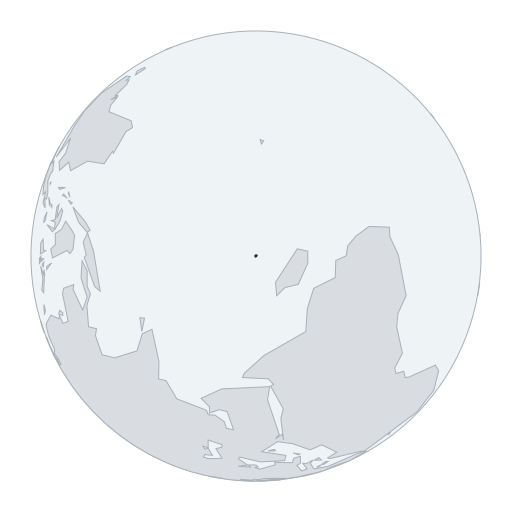 Mauritius on an orthographic globe, rotated 198°
{"feature_id": "MUS", "entity_name": "Mauritius", "entity_type": "country or territory", "adm_level": 0, "iso_a3": "MUS", "parent_name": "Seven seas (open ocean)", "parent_adm1": "", "projection": "orthographic", "projection_center": [57.545, -20.252], "detail": "fine", "context": "on_globe", "style": "filled", "palette": "slate", "viewbox_px": 512, "rotation_deg": 198, "n_neighbors": 0, "source": "natural_earth", "source_scale": "50m", "svg_char_len": 6103}
<svg xmlns="http://www.w3.org/2000/svg" viewBox="0 0 512 512"><g transform="rotate(198 256 256)"><circle cx="256" cy="256" r="225" fill="#eef3f6" stroke="#a8b0b8"/><path d="M32.8,286.7L33.7,292.6L34.9,299.3L32.8,286.7ZM48.8,344.4L49.3,345.6L49.4,345.8L48.8,344.4ZM132.0,444.1L129.0,442.0L129.3,442.2L132.9,444.7L133.6,445.1L132.0,444.1ZM228.3,32.4L231.5,32.1L225.9,33.0L219.1,33.8L221.2,34.1L223.0,33.5L226.1,33.3L232.0,32.2L234.5,32.1L236.0,31.6L239.6,31.4L238.7,31.6L250.6,30.8L259.5,30.8L261.0,30.8L260.2,30.8L261.1,30.8L272.0,31.3L272.6,31.3L268.9,31.1L277.9,31.8L279.0,31.9L277.5,32.0L279.4,32.2L281.6,32.2L279.7,32.0L296.9,34.5L313.9,38.3L330.5,43.4L346.7,49.8L362.3,57.4L377.3,66.2L391.6,76.1L405.1,87.1L417.7,99.1L418.7,100.3L427.5,110.1L430.9,114.3L429.5,113.5L424.6,107.1L419.4,101.8L416.8,98.7L412.9,96.2L409.1,91.8L407.9,92.6L413.0,97.8L417.8,101.1L418.5,104.6L428.8,116.3L434.6,126.1L432.8,136.4L424.0,135.4L424.5,138.4L418.6,132.2L414.4,135.8L428.2,160.0L429.0,165.9L420.5,172.4L419.7,167.7L404.2,151.1L403.9,164.6L415.7,181.2L419.9,197.7L411.9,189.6L407.3,175.1L401.8,168.8L401.5,156.6L393.4,137.0L385.2,137.5L384.1,130.6L371.8,114.5L359.0,115.4L339.9,129.0L340.1,147.0L332.3,154.1L315.7,125.7L310.6,108.9L303.1,109.7L287.2,95.7L255.5,94.0L252.3,90.2L246.0,92.0L235.1,88.7L230.8,83.0L223.6,83.8L235.4,99.1L243.3,98.6L251.8,92.2L253.5,98.1L264.2,103.7L247.5,119.0L202.6,136.0L200.6,122.8L178.6,93.2L180.6,89.6L180.6,89.3L180.5,88.6L176.0,94.6L173.0,89.6L182.2,109.2L182.8,119.1L201.9,136.8L199.5,139.2L206.4,143.0L231.3,136.2L230.9,140.8L217.7,163.8L185.3,199.5L191.0,222.2L191.1,243.1L174.0,259.9L178.7,276.4L170.3,284.1L171.9,294.0L167.0,306.1L157.6,319.0L138.2,324.6L134.5,315.6L120.9,300.9L101.0,264.7L103.2,245.1L100.4,232.3L86.7,208.7L89.5,192.3L86.5,187.5L79.8,192.0L76.6,186.5L72.9,188.3L51.6,207.7L46.8,203.3L45.4,183.0L50.5,169.5L54.5,157.9L92.4,104.2L97.0,102.1L122.8,86.3L125.4,86.1L118.6,94.4L135.0,96.7L144.7,88.4L163.3,88.8L178.1,86.1L190.1,71.6L165.9,75.6L165.5,70.3L187.8,61.6L209.5,59.7L210.1,57.7L199.5,54.6L207.7,50.6L196.2,53.5L198.5,55.0L191.4,57.2L188.8,56.0L191.8,54.4L186.2,54.6L173.4,63.2L174.3,65.6L157.6,70.6L157.5,75.4L151.9,79.2L149.8,72.6L152.5,69.5L146.0,65.8L141.7,69.3L147.5,73.4L144.3,73.9L138.5,79.8L140.3,75.7L135.1,71.4L122.1,78.5L100.0,98.2L93.6,103.2L90.8,104.3L104.5,89.5L117.2,80.2L122.3,75.8L124.5,73.2L128.2,70.9L130.7,69.1L136.0,66.0L148.2,58.7L154.3,55.9L163.7,50.7L168.1,48.9L161.3,52.2L159.8,53.5L175.5,48.3L179.9,46.6L184.7,43.9L188.5,43.3L191.1,41.4L202.4,38.7L190.9,40.9L196.3,38.9L205.6,36.5L205.3,36.5L190.1,40.6L185.9,42.1L185.7,42.5L172.5,48.1L166.1,50.5L172.0,47.0L163.6,50.5L164.8,50.0L180.2,43.9L195.9,38.9L212.0,35.1L228.3,32.4ZM75.4,126.5L73.4,130.0L75.4,126.5ZM230.1,66.0L244.7,66.2L242.2,58.9L247.7,58.7L244.9,56.5L242.0,58.4L235.8,53.0L243.5,51.2L243.9,48.6L239.0,48.5L225.8,53.1L234.6,60.4L229.5,63.5L230.1,66.0ZM144.8,60.1L143.1,61.3L139.1,63.9L127.0,71.3L133.2,67.2L132.8,67.4L144.8,60.1ZM130.7,82.1L133.2,81.4L137.5,79.7L134.0,83.7L130.7,82.1ZM126.8,79.1L129.4,77.8L126.5,81.9L124.0,82.9L126.8,79.1ZM133.3,73.8L129.8,77.4L130.2,76.0L133.3,73.8ZM163.9,51.1L166.9,49.9L166.3,50.4L163.4,51.8L163.9,51.1ZM184.6,74.4L178.9,77.7L177.3,76.8L179.5,75.8L184.6,74.4ZM154.1,80.1L159.9,80.2L153.1,81.2L154.1,80.1ZM285.4,364.1L288.1,368.0L284.3,368.0L285.4,364.1ZM229.3,236.8L219.0,275.6L208.3,276.6L204.5,265.3L207.0,242.1L218.7,234.9L224.0,224.6L229.3,236.8ZM451.1,254.3L454.1,258.0L453.8,258.9L451.1,254.3ZM448.1,248.0L451.8,251.3L447.1,249.7L448.1,248.0ZM453.3,252.6L457.1,253.8L458.7,253.6L458.2,255.5L453.3,252.6ZM445.3,246.1L428.8,235.7L421.7,229.2L423.8,226.3L435.3,233.4L445.3,246.1ZM423.3,225.9L411.9,210.2L393.3,174.4L400.0,177.1L418.9,201.7L417.7,204.4L424.6,215.8L423.3,225.9ZM449.1,221.4L447.8,230.3L439.1,223.6L434.9,219.6L432.1,205.8L433.7,200.7L437.3,203.0L448.9,191.3L453.4,199.2L450.3,204.9L453.9,215.4L449.1,221.4ZM341.3,149.0L347.4,161.4L342.8,162.5L341.3,149.0ZM451.8,181.5L448.3,186.2L450.9,178.4L451.8,181.5ZM452.3,173.2L453.4,177.6L450.8,172.1L452.3,173.2ZM426.0,143.6L422.3,142.5L421.4,139.7L425.5,139.6L426.0,143.6ZM439.0,134.7L442.1,142.2L442.5,144.3L439.3,138.6L439.0,134.7ZM400.7,428.6L403.3,426.3L406.1,424.0L400.7,428.6ZM419.2,400.1L426.6,390.9L426.3,395.1L420.2,401.1L419.2,400.1ZM440.4,347.8L416.5,346.0L413.1,340.1L418.1,333.9L423.3,309.7L424.8,311.2L429.0,296.7L445.5,294.2L458.7,279.8L463.1,287.4L469.3,276.7L472.4,284.8L468.8,295.0L468.8,310.8L476.5,288.4L469.0,323.2L464.0,340.6L453.6,362.8L434.7,387.1L430.9,387.8L433.6,383.1L431.1,384.3L432.2,378.8L439.5,364.9L436.7,366.2L442.4,359.7L437.0,364.1L440.7,354.8L440.4,347.8ZM458.4,262.3L463.2,258.6L465.1,260.2L458.4,262.3ZM479.7,280.0L477.1,299.0L477.8,293.7L479.0,280.3L477.5,283.7L475.5,273.6L476.8,271.0L477.1,262.9L473.5,251.6L472.8,245.5L474.6,245.5L471.4,236.6L475.0,240.6L475.9,252.1L477.7,248.6L479.6,256.7L480.5,266.2L480.0,278.5L479.7,280.0ZM473.9,260.6L474.4,261.7L473.6,263.5L473.9,260.6ZM479.8,281.9L480.1,278.2L480.2,277.7L479.8,281.9ZM466.6,240.2L466.3,242.5L465.2,239.1L466.6,240.2ZM468.2,240.6L471.3,247.9L467.8,242.3L468.2,240.6ZM456.1,219.3L457.4,226.3L461.5,226.3L458.3,228.8L460.5,241.2L459.3,244.1L457.3,230.8L455.6,241.0L453.7,239.2L453.2,228.8L455.4,219.2L457.3,216.2L464.4,221.2L456.1,219.3ZM468.4,233.4L467.5,225.4L468.1,221.8L469.1,226.6L468.4,233.4ZM463.7,206.2L460.0,195.9L457.5,196.1L461.7,191.2L464.7,201.8L463.7,206.2ZM459.2,187.6L457.0,187.7L458.7,184.4L459.2,187.6ZM455.9,184.6L454.7,179.4L456.9,182.0L455.9,184.6ZM460.5,189.1L459.4,181.2L461.3,187.1L460.5,189.1ZM451.4,167.8L457.7,179.8L451.0,171.1L446.6,155.5L449.2,157.4L451.4,167.8ZM439.5,125.3L436.6,121.3L436.7,121.5L439.5,125.3ZM436.2,120.8L435.3,119.7L437.7,122.9L440.7,127.7L434.9,119.7L433.5,117.3L436.2,120.8Z" fill="#d9dde1" stroke="#a8b0b8" stroke-width="1"/><path d="M256.4,256.9L255.9,257.0L255.4,257.0L255.2,256.8L255.2,256.7L255.3,256.6L255.3,256.3L255.4,255.9L255.5,255.7L255.8,255.6L255.9,255.2L256.1,255.0L256.4,255.0L256.7,255.4L256.9,255.8L256.9,256.3L256.7,256.5L256.4,256.9Z" fill="#64748b" stroke="#1e293b" stroke-width="1.5"/></g></svg>